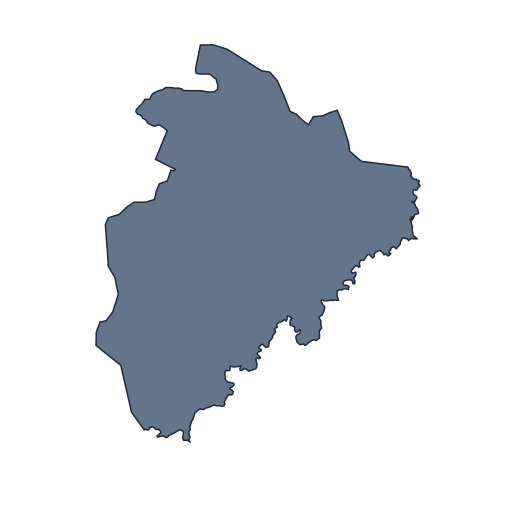 Koutiala, Sikasso, Mali (Mercator projection), rotated 282°
{"feature_id": "8926073B20399394700191", "entity_name": "Koutiala", "entity_type": "district", "adm_level": 2, "iso_a3": "MLI", "parent_name": "Mali", "parent_adm1": "Sikasso", "projection": "mercator", "projection_center": [-5.625, 12.308], "detail": "fine", "context": "isolated", "style": "filled", "palette": "slate", "viewbox_px": 512, "rotation_deg": 282, "n_neighbors": 0, "source": "geoboundaries", "source_scale": "gbopen_adm2", "svg_char_len": 5602}
<svg xmlns="http://www.w3.org/2000/svg" viewBox="0 0 512 512"><g transform="rotate(282 256 256)"><path d="M150.5,279.2L151.6,279.0L154.2,277.4L155.9,277.5L156.7,278.5L156.1,280.2L156.7,281.2L157.5,281.5L158.3,280.8L160.1,277.7L161.5,277.5L162.4,278.0L164.2,280.6L164.5,280.7L165.1,280.9L165.6,280.4L166.2,278.2L167.0,277.8L169.8,279.1L171.1,280.6L170.7,281.3L168.8,284.4L169.7,287.1L172.6,287.0L174.5,286.5L177.1,287.9L179.7,289.2L180.3,289.1L181.8,288.9L185.3,290.8L186.5,290.8L188.2,289.3L189.6,290.1L190.7,291.6L193.0,290.3L194.3,291.1L195.5,292.0L196.9,294.5L199.5,297.0L198.7,299.1L200.7,299.5L203.1,299.1L204.1,299.6L202.7,304.3L201.4,303.4L200.8,303.0L199.4,302.9L195.6,303.7L195.3,305.9L194.2,309.0L191.7,309.0L190.1,310.4L189.9,311.2L190.6,312.6L193.0,313.8L193.1,314.3L191.3,315.1L190.0,315.0L189.0,314.5L187.5,312.6L186.1,311.9L184.3,312.0L180.3,314.1L178.4,317.3L179.8,320.8L178.8,322.3L179.7,323.9L181.8,325.1L184.8,328.2L186.2,329.9L185.8,332.6L189.0,335.2L195.7,333.6L199.1,335.0L200.2,334.9L201.1,334.4L201.4,334.2L202.3,333.7L205.3,333.1L206.2,332.9L208.3,330.8L209.6,330.6L211.8,332.8L214.4,333.6L219.3,334.1L220.8,333.6L221.9,331.9L225.3,329.0L227.0,329.5L226.4,332.0L227.0,335.1L228.3,338.3L228.4,340.3L229.4,342.1L229.7,344.8L229.8,345.9L234.5,343.3L238.0,342.8L239.1,343.1L240.2,344.6L240.8,347.2L242.4,349.6L242.6,351.7L242.6,353.2L245.5,353.3L246.2,350.3L245.6,348.7L246.9,346.6L249.8,347.4L251.9,351.2L252.3,354.4L251.6,355.1L249.8,356.5L249.1,356.6L249.4,358.3L252.2,357.9L253.3,357.0L254.6,356.2L256.5,357.3L258.9,357.6L260.7,357.0L260.8,356.3L259.5,354.8L259.7,353.0L261.4,352.2L267.1,355.3L267.2,357.3L266.4,358.8L267.1,359.9L268.5,359.3L270.4,358.7L272.3,358.7L273.5,359.4L273.9,361.1L274.6,362.6L280.4,364.8L281.1,366.7L279.5,368.5L278.5,370.6L280.0,371.7L282.8,371.2L285.0,372.7L287.0,375.3L286.6,378.1L283.8,381.0L284.9,382.6L284.4,383.6L283.5,384.9L284.3,386.2L284.5,386.4L284.8,386.6L286.5,387.2L286.6,385.9L288.2,385.3L289.6,386.4L290.8,386.4L291.7,386.6L292.5,386.7L293.5,388.5L293.3,389.9L292.7,390.7L292.4,392.0L293.6,392.3L295.4,393.4L297.4,394.5L300.7,394.5L302.0,395.3L304.2,395.5L304.2,396.8L304.3,400.0L302.9,402.0L304.7,403.6L305.9,404.7L305.4,406.8L305.9,407.4L305.9,409.2L306.4,409.9L307.9,407.4L308.8,405.5L315.0,403.0L317.0,403.0L317.7,402.4L319.1,401.8L320.0,401.1L321.6,400.5L322.0,400.2L322.8,399.8L323.1,399.4L323.7,399.3L323.9,399.3L323.1,400.2L323.1,400.8L323.9,401.3L324.4,401.2L325.0,400.6L325.9,400.1L325.2,401.3L325.3,402.0L326.1,402.0L326.4,401.6L327.1,401.4L327.5,402.3L328.1,402.6L328.8,402.3L329.4,402.8L329.9,403.6L330.1,403.9L330.6,404.9L331.3,406.0L332.3,405.8L334.1,405.0L335.7,404.1L336.4,403.6L337.1,402.3L339.5,400.8L340.4,399.5L341.1,398.6L341.3,397.9L341.8,397.7L341.4,398.8L341.6,399.7L342.6,400.2L344.0,400.3L345.3,400.9L346.4,401.3L347.3,401.0L348.2,399.2L348.6,398.0L349.0,397.4L350.0,396.8L350.9,396.3L351.6,396.2L352.1,396.2L353.2,396.3L353.9,396.8L353.6,397.5L353.5,398.6L354.3,399.8L355.4,400.3L356.2,400.2L356.5,399.9L357.2,400.4L357.2,400.5L357.8,401.6L358.9,401.9L359.8,401.0L360.1,400.3L360.3,399.7L361.1,399.7L362.0,400.1L363.2,400.1L363.8,399.4L363.7,398.8L363.4,398.2L363.3,397.7L364.4,397.1L364.4,396.4L364.1,395.8L363.8,395.2L363.9,394.5L364.6,393.9L364.6,393.2L364.3,392.8L365.2,392.4L365.4,392.3L365.9,391.5L366.5,390.7L367.6,391.1L369.0,390.7L370.6,389.8L372.3,388.4L372.3,387.8L372.7,387.2L373.9,386.7L374.5,385.9L374.6,385.4L374.2,382.3L370.5,339.4L378.0,325.8L386.3,322.9L406.8,311.2L415.4,305.1L411.3,298.0L407.0,292.1L404.1,283.1L395.3,280.1L398.5,273.2L403.0,266.3L404.6,259.2L418.9,249.8L431.9,240.4L438.7,231.4L438.4,222.5L452.2,185.0L453.6,170.2L450.8,157.8L428.4,157.9L424.5,158.3L422.3,159.6L422.3,162.8L424.3,173.0L420.7,180.2L415.4,183.0L411.2,183.9L407.9,181.0L406.5,175.8L406.2,167.5L404.5,159.5L402.7,150.4L404.0,148.6L404.1,145.2L403.3,141.6L403.1,137.9L402.0,132.6L399.6,130.5L397.3,126.1L393.9,121.8L392.0,120.5L388.1,119.7L387.1,118.9L386.1,114.7L380.4,112.6L378.6,110.9L376.0,109.6L374.5,108.6L372.2,108.5L370.0,110.9L370.3,112.5L368.7,115.3L367.2,116.6L365.8,120.6L364.3,121.5L363.1,123.4L361.8,129.3L362.4,130.9L363.8,132.6L363.9,135.2L362.3,139.0L360.6,142.4L360.3,143.1L358.9,142.9L329.6,137.6L324.0,158.9L322.3,158.4L322.3,155.0L311.1,153.6L306.5,146.4L298.5,145.0L290.3,145.0L285.9,137.5L283.3,125.7L277.6,120.0L268.5,113.8L262.6,103.6L255.3,102.1L231.9,109.0L218.5,112.8L216.0,113.2L205.3,122.6L189.9,129.3L171.6,127.5L161.6,123.0L158.9,117.2L148.4,115.6L135.2,118.1L124.0,140.4L121.1,146.4L77.2,166.8L62.7,182.8L63.3,183.2L63.4,187.0L66.3,188.0L67.5,190.9L65.6,193.9L66.1,196.7L64.5,199.4L63.0,199.3L60.7,198.0L59.4,196.5L58.4,197.3L60.8,202.6L59.7,206.0L60.4,206.9L60.9,207.5L62.0,207.7L66.2,213.3L70.2,217.3L69.8,219.7L69.3,221.5L66.9,221.9L62.7,222.1L60.7,223.4L61.5,227.2L60.5,229.8L63.0,228.5L65.0,229.1L67.7,227.7L70.0,226.8L72.3,227.8L75.0,226.9L80.2,227.3L84.1,228.4L89.2,228.7L92.9,231.2L94.7,233.1L94.9,236.7L96.8,238.4L98.2,241.4L101.6,246.0L101.4,247.9L101.3,248.7L102.1,251.7L101.8,253.8L102.7,255.7L104.7,256.4L106.8,255.3L112.1,257.0L114.6,258.0L114.9,260.5L116.0,261.9L117.3,262.0L118.6,262.0L119.7,260.5L120.3,259.1L120.8,258.0L121.8,258.0L122.7,259.7L124.3,260.8L125.6,261.3L126.8,260.7L126.9,259.8L127.0,257.8L126.7,254.5L129.0,251.6L131.3,251.4L134.4,249.8L137.2,250.1L138.1,252.1L138.4,253.7L138.5,254.3L140.9,253.9L142.9,253.6L142.8,257.3L144.1,261.3L145.2,264.1L142.8,263.7L141.0,264.1L141.0,265.3L141.8,266.6L143.7,267.8L143.3,270.1L141.8,272.6L142.6,274.2L145.8,279.3L148.1,279.8L150.5,279.2Z" fill="#64748b" stroke="#1e293b" stroke-width="1.5"/></g></svg>